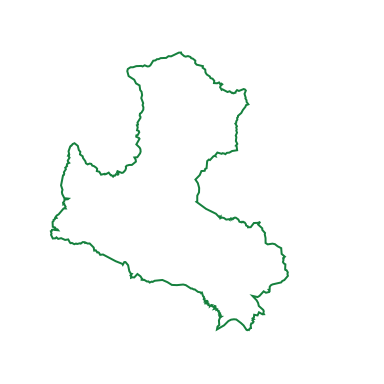 Belu, Nusa Tenggara Timur, Indonesia, rotated 303°
{"feature_id": "22746128B36840991830224", "entity_name": "Belu", "entity_type": "district", "adm_level": 2, "iso_a3": "IDN", "parent_name": "Indonesia", "parent_adm1": "Nusa Tenggara Timur", "projection": "mercator", "projection_center": [124.962, -9.176], "detail": "fine", "context": "isolated", "style": "outline", "palette": "green", "viewbox_px": 384, "rotation_deg": 303, "n_neighbors": 0, "source": "geoboundaries", "source_scale": "gbopen_adm2", "svg_char_len": 5973}
<svg xmlns="http://www.w3.org/2000/svg" viewBox="0 0 384 384"><g transform="rotate(303 192 192)"><path d="M204.1,265.5L202.1,264.2L199.7,260.8L194.5,260.4L192.9,258.2L193.6,257.6L193.4,255.6L194.4,254.6L195.1,252.9L194.9,251.3L194.4,251.2L194.3,250.2L193.5,250.0L192.9,248.0L194.2,245.8L194.3,242.7L193.7,241.7L192.0,241.2L192.2,240.8L191.4,240.5L191.2,239.4L190.7,239.7L190.8,239.2L189.6,238.3L189.2,238.6L189.2,237.7L187.5,235.7L187.6,232.9L186.8,230.9L185.6,230.2L186.6,229.6L186.0,229.5L186.4,228.8L185.7,228.8L186.8,223.9L185.5,213.0L186.2,201.0L187.2,201.4L191.8,198.4L195.5,198.1L199.3,195.8L202.6,192.1L204.3,188.1L210.4,189.3L214.7,188.5L216.7,191.1L218.7,190.5L219.8,191.3L226.2,187.9L228.4,188.5L228.6,189.7L233.5,190.5L234.5,191.1L234.8,192.3L235.3,191.5L238.9,191.8L240.2,196.1L241.1,196.4L241.8,198.0L241.9,199.4L243.8,199.9L245.4,201.9L248.2,203.3L251.6,207.1L254.8,204.4L254.7,203.6L257.0,203.8L258.7,201.0L262.2,199.3L263.1,198.0L266.3,197.4L267.6,195.7L268.7,195.5L270.3,193.9L271.6,193.9L273.0,191.1L274.0,191.4L275.5,190.6L277.4,190.6L278.7,189.5L279.9,189.7L280.9,189.1L285.1,190.3L288.5,190.0L292.6,190.4L294.2,190.0L296.2,191.5L297.3,188.7L298.7,187.7L299.5,185.9L300.3,185.7L302.9,182.6L306.4,181.9L306.8,180.6L306.5,179.3L302.3,176.3L302.0,174.3L299.6,174.0L299.0,174.4L297.4,173.1L297.4,172.1L296.8,171.8L297.0,168.7L295.2,167.3L294.7,161.6L293.8,161.2L295.2,158.5L296.6,158.1L298.8,158.7L298.9,157.5L297.9,156.4L298.6,155.0L296.9,153.9L295.3,151.1L297.4,150.1L298.2,147.5L297.6,145.5L298.6,144.0L298.6,140.4L299.6,138.2L301.9,136.4L302.0,133.2L303.5,132.6L301.3,126.5L301.9,124.4L304.0,123.2L304.3,120.0L303.8,118.4L304.4,117.1L303.8,114.6L302.1,113.0L301.7,111.5L302.2,107.6L303.0,106.9L301.8,105.1L294.4,100.6L293.1,98.3L290.4,97.3L287.2,92.8L285.3,91.7L284.2,90.2L282.5,89.7L281.0,88.0L275.5,88.1L273.9,87.4L273.0,86.2L272.5,83.3L270.4,82.2L270.1,80.8L267.2,76.7L264.5,74.6L263.1,72.5L260.2,71.2L258.1,71.9L254.7,75.7L254.7,82.4L252.6,85.9L252.8,90.0L249.3,93.0L248.6,95.1L246.1,97.4L243.1,98.3L239.9,102.7L238.0,103.2L236.6,105.1L234.5,106.3L231.1,106.4L229.3,105.7L227.5,106.6L227.1,107.7L226.1,108.4L220.5,108.5L219.1,110.0L218.0,109.4L216.8,111.2L213.8,112.3L214.2,114.0L213.4,115.2L210.4,115.5L209.2,114.5L208.0,115.1L208.4,118.1L208.0,119.0L201.6,119.4L200.7,123.9L199.8,125.4L197.9,126.9L196.1,127.4L191.4,127.2L189.6,124.9L188.4,127.2L186.9,128.4L181.9,126.8L180.5,124.6L178.5,122.9L177.2,122.7L176.1,123.7L173.9,124.2L170.9,123.7L169.8,122.8L168.9,118.2L167.7,118.4L167.7,120.0L166.8,120.6L166.1,120.4L165.5,118.5L163.6,118.4L163.2,117.5L161.9,117.4L162.3,115.2L161.8,114.7L162.9,111.6L160.3,110.2L159.4,109.4L159.7,108.9L157.0,106.3L158.5,103.2L157.7,100.8L159.8,99.8L160.2,98.5L160.3,95.6L159.8,94.0L160.7,92.2L160.1,90.7L158.3,89.4L158.3,87.4L159.7,85.8L161.2,82.0L162.4,80.9L162.5,77.6L164.9,76.4L165.5,74.3L168.5,71.1L168.9,66.9L167.2,65.8L164.5,65.6L165.4,65.4L163.8,65.1L158.9,66.3L157.2,68.0L155.3,68.3L155.8,68.9L154.6,69.3L154.1,70.6L150.7,70.7L149.8,71.6L149.5,73.1L147.7,72.0L146.2,72.4L145.7,73.1L143.3,72.5L142.5,73.8L138.8,73.8L137.7,74.9L136.3,75.2L136.0,75.0L136.5,74.8L135.6,74.8L126.2,78.6L123.3,82.2L121.1,82.9L119.6,84.3L117.0,88.8L116.7,87.9L117.0,89.5L117.9,89.5L119.2,92.1L118.3,91.8L116.3,89.3L114.9,89.8L112.7,89.7L112.1,90.4L112.4,90.9L111.6,91.0L112.1,91.6L110.8,94.0L109.9,94.0L109.4,95.0L108.3,93.3L100.5,92.3L98.8,91.4L97.1,91.2L96.5,92.5L95.5,91.3L94.4,91.8L93.2,91.1L92.3,91.7L90.9,91.4L87.0,94.2L87.6,96.5L86.6,98.6L87.4,99.5L87.0,100.6L85.5,97.7L86.0,97.5L86.4,98.4L86.6,97.9L84.0,95.2L83.1,95.6L82.2,95.0L80.5,96.9L79.3,97.1L77.2,100.6L78.8,102.7L80.1,103.0L79.8,105.3L82.0,107.4L82.7,111.7L84.8,114.0L83.0,117.4L83.0,118.2L83.9,119.0L84.1,121.7L85.6,122.8L85.8,123.9L88.0,126.0L88.1,126.8L90.4,127.6L91.5,129.4L91.0,130.1L91.7,130.8L91.9,132.5L93.1,134.2L91.9,139.8L89.6,141.9L90.7,143.0L89.7,145.5L90.3,145.9L90.4,147.0L89.3,149.2L91.1,151.4L92.4,165.8L93.8,172.7L93.3,173.6L96.4,173.4L97.0,174.4L95.8,178.3L91.5,182.5L90.2,185.1L90.5,186.1L88.5,185.8L88.3,186.3L88.7,186.6L86.9,187.6L87.9,188.3L88.9,190.1L93.5,190.9L93.2,194.8L92.3,196.7L91.1,197.5L91.9,198.0L91.5,198.9L92.3,199.7L92.4,203.0L93.3,204.2L93.0,205.8L95.0,207.1L95.2,208.0L97.2,209.0L102.1,215.1L103.0,220.5L103.1,225.7L105.7,230.1L109.6,235.0L110.5,237.5L110.5,243.8L111.1,244.5L111.2,246.4L111.8,247.3L111.5,251.3L112.5,254.0L112.1,254.7L113.0,255.2L110.7,257.9L110.6,259.0L109.5,259.7L109.5,260.4L108.4,260.4L108.3,261.7L107.7,262.0L108.3,263.0L107.1,262.8L107.4,263.5L106.6,263.7L107.8,264.4L106.9,264.7L107.8,265.3L106.7,265.9L107.2,266.7L106.0,267.4L106.7,269.1L106.2,269.3L107.8,269.8L108.1,270.6L107.1,270.4L107.4,273.5L108.8,273.2L109.0,273.8L107.5,275.1L106.8,274.2L106.0,274.2L106.9,275.0L107.1,276.3L106.5,276.6L107.2,277.1L106.7,277.4L106.7,279.3L106.0,279.3L105.9,280.7L104.7,281.0L105.1,281.7L104.6,281.8L104.4,282.9L103.2,282.2L102.9,282.6L103.5,283.4L102.7,283.8L103.1,284.4L101.8,283.9L99.0,284.5L95.3,287.3L93.0,286.7L90.3,287.8L97.6,291.5L103.6,292.8L106.2,294.3L108.1,296.5L109.2,298.6L108.8,304.3L108.2,307.9L106.1,312.7L106.2,313.6L107.3,314.3L107.3,314.9L109.8,315.0L110.1,315.5L112.2,313.8L114.1,313.3L114.9,314.2L116.7,314.3L117.6,311.7L117.5,312.9L118.2,312.4L118.9,313.0L119.1,311.7L120.4,312.3L122.9,311.0L124.2,314.2L127.6,313.7L127.8,317.7L128.7,318.9L129.3,317.8L131.1,317.1L131.9,316.0L132.8,310.1L135.0,307.8L136.4,305.1L137.8,299.3L139.6,304.2L141.6,305.2L147.7,306.2L147.8,308.9L150.2,311.2L151.1,311.1L151.8,309.6L152.4,310.3L154.9,308.8L156.6,308.9L158.3,309.8L164.7,316.0L166.6,316.2L168.4,317.4L173.9,318.1L175.2,316.7L176.8,316.1L177.9,313.8L177.5,312.8L177.9,312.2L182.2,309.7L182.1,308.0L182.8,306.4L184.5,305.9L186.0,304.6L186.3,305.1L187.3,304.7L188.3,305.1L188.9,300.9L193.5,297.4L193.1,293.5L193.4,289.9L192.5,287.6L189.3,284.0L189.3,281.5L193.5,278.7L196.1,276.1L197.4,275.6L198.5,271.6L199.8,270.7L200.7,265.2L204.1,265.5Z" fill="none" stroke="#15803d" stroke-width="2"/></g></svg>